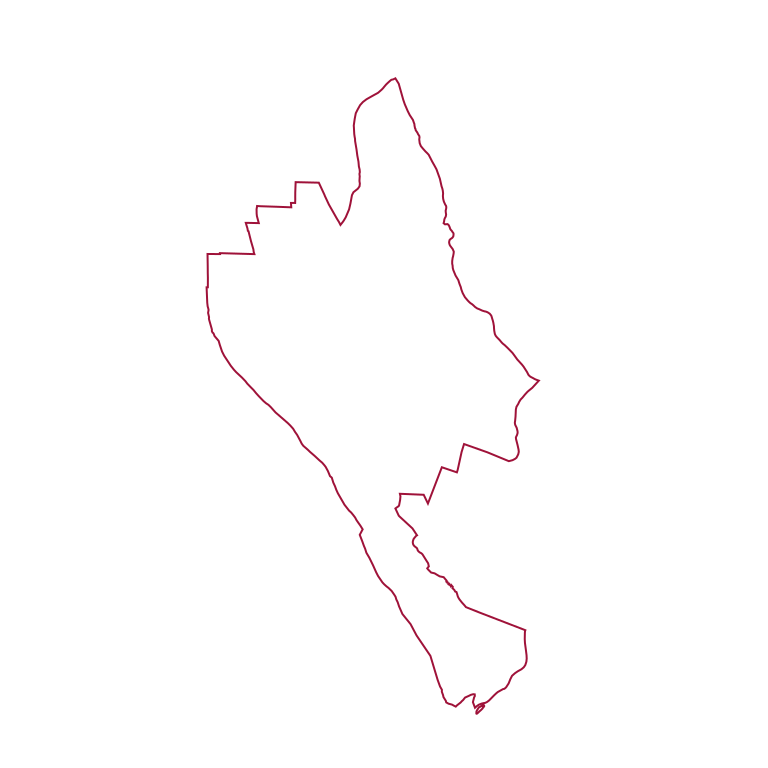 outline of General Paz, Corrientes, Argentina, rotated 103°
{"feature_id": "61730980B94998770553919", "entity_name": "General Paz", "entity_type": "district", "adm_level": 2, "iso_a3": "ARG", "parent_name": "Argentina", "parent_adm1": "Corrientes", "projection": "natural_earth1", "projection_center": [-57.724, -27.709], "detail": "fine", "context": "isolated", "style": "outline", "palette": "rose", "viewbox_px": 768, "rotation_deg": 103, "n_neighbors": 0, "source": "geoboundaries", "source_scale": "gbopen_adm2", "svg_char_len": 6156}
<svg xmlns="http://www.w3.org/2000/svg" viewBox="0 0 768 768"><g transform="rotate(103 384 384)"><path d="M375.4,559.9L379.2,554.8L382.8,552.8L388.8,549.1L392.4,546.1L400.7,537.4L403.8,533.5L405.8,530.6L409.7,523.8L412.4,519.7L414.4,517.3L417.0,513.3L419.2,509.8L421.7,506.6L424.0,503.3L427.7,497.6L429.3,494.6L430.3,491.9L432.0,489.1L436.1,483.3L443.8,468.8L445.6,465.9L448.0,462.5L450.8,459.8L453.1,457.2L458.5,452.5L460.6,450.8L462.4,448.7L465.4,443.1L466.8,440.8L469.6,435.5L473.0,429.6L474.6,426.5L476.5,423.9L477.9,422.2L481.4,419.1L483.9,417.3L485.9,415.9L487.0,413.8L491.5,411.2L494.7,408.7L497.8,406.7L500.8,404.4L509.5,396.3L510.4,395.5L515.2,389.6L516.6,387.1L518.6,384.5L520.6,382.1L522.9,380.1L524.9,377.9L527.3,375.2L530.4,372.1L536.4,373.7L542.3,369.7L546.2,367.2L548.8,365.3L552.4,363.2L556.6,359.2L563.1,353.9L569.2,349.3L572.4,346.6L577.6,341.0L579.1,338.8L580.6,336.1L581.7,333.7L584.0,329.9L587.2,326.4L588.7,324.9L591.2,323.5L593.5,321.6L597.3,319.3L604.0,314.3L607.3,310.1L612.0,304.1L621.7,295.7L638.5,277.6L653.2,269.2L660.2,265.2L666.2,261.3L668.9,258.8L670.9,258.4L673.8,256.5L675.7,255.6L678.9,252.4L679.9,252.0L680.4,251.5L680.5,250.6L680.8,249.9L681.0,249.0L681.0,248.1L681.1,245.6L681.7,243.6L682.2,241.5L680.7,240.6L677.0,237.6L675.8,237.0L674.1,235.8L671.3,234.5L668.8,231.2L667.3,229.4L666.2,227.3L666.0,225.8L667.6,225.3L669.1,225.7L674.0,225.8L679.0,222.5L677.2,221.3L675.2,219.5L673.5,217.1L672.6,215.3L671.9,213.6L670.7,212.1L668.8,210.5L666.7,209.2L662.6,206.7L660.2,205.1L658.6,203.9L654.5,199.4L653.9,198.1L652.1,196.8L647.7,195.2L643.2,194.5L639.5,193.6L636.3,191.3L633.9,189.1L631.0,185.9L628.6,184.1L626.1,183.1L622.5,182.8L619.4,183.2L616.2,184.1L611.8,185.7L604.6,188.4L600.8,189.5L594.6,190.8L593.0,191.0L592.1,190.9L585.2,239.5L583.0,253.9L581.4,256.0L579.4,258.9L577.0,261.9L575.4,263.5L574.2,264.4L572.2,265.5L570.4,266.6L570.2,268.0L568.9,269.1L567.5,271.4L566.2,271.3L564.8,273.2L565.9,273.5L565.2,274.1L564.7,276.0L563.8,275.7L563.3,277.7L562.7,277.7L562.5,278.8L561.6,278.7L559.5,281.5L558.8,282.4L558.9,286.5L557.9,289.7L557.1,292.1L557.1,293.8L557.1,295.7L554.7,299.5L553.9,300.4L551.6,299.3L549.1,300.5L548.4,301.0L547.3,302.2L541.4,308.1L540.8,309.0L540.4,309.9L540.2,310.9L539.9,311.6L539.3,312.8L538.4,313.8L537.3,314.4L536.4,315.2L535.4,317.4L534.6,318.7L533.4,319.7L532.0,320.3L530.8,320.5L529.3,320.4L528.4,320.3L527.2,319.8L524.5,318.4L524.0,317.8L518.3,323.8L509.7,338.9L509.0,340.0L502.7,344.9L499.6,342.2L498.8,342.0L493.4,342.2L489.8,342.7L487.4,343.8L483.0,320.4L490.6,314.3L452.1,308.9L453.7,293.1L451.2,292.9L449.9,292.9L432.8,293.1L424.5,292.5L427.3,267.9L431.1,245.0L429.3,241.6L427.4,239.4L426.0,238.3L422.4,237.4L419.8,237.4L417.5,238.2L413.3,240.2L407.9,243.0L406.3,243.5L403.7,242.9L401.6,242.8L399.9,243.3L396.8,244.9L394.5,246.8L393.4,247.4L392.3,247.8L390.0,248.0L386.2,248.5L379.1,249.8L376.4,249.8L373.1,248.7L371.1,248.3L368.4,247.4L366.1,246.0L362.6,244.3L359.4,242.5L358.0,241.5L354.4,238.7L345.9,233.9L345.6,236.5L345.3,238.2L344.8,239.8L344.1,242.5L343.7,243.6L342.6,245.3L340.2,247.3L335.7,251.9L334.1,253.9L330.1,259.7L327.2,263.0L324.8,265.8L321.2,271.4L319.0,275.1L317.9,277.4L317.2,278.5L316.4,279.6L315.3,281.0L313.0,284.6L311.8,286.1L310.2,287.3L307.2,288.6L304.4,289.5L302.9,289.9L301.5,290.5L299.8,291.2L297.8,292.2L296.1,293.2L294.3,294.2L293.2,294.9L291.7,296.8L290.8,299.2L290.5,301.3L290.6,302.0L290.4,304.8L289.7,308.1L289.4,310.2L288.4,312.7L287.4,314.3L286.4,316.2L285.8,317.9L284.8,319.7L283.6,321.5L281.2,324.7L277.7,327.8L274.5,329.9L272.3,331.0L269.7,332.8L267.9,333.9L267.0,334.4L266.0,335.0L262.2,338.7L257.4,342.1L255.5,343.1L253.2,343.8L251.5,344.6L248.9,345.2L245.6,345.5L244.2,345.4L241.8,345.5L240.5,345.6L239.3,345.8L237.1,347.4L234.5,350.5L233.5,351.4L231.8,352.3L230.8,352.5L229.0,352.5L227.8,351.8L226.4,350.5L225.7,350.1L224.6,349.7L223.2,349.8L222.0,350.0L221.2,350.5L220.2,351.8L219.6,352.3L218.8,353.5L218.2,354.2L216.3,355.4L214.8,356.5L213.9,358.0L214.7,360.5L213.9,362.1L212.3,362.0L210.3,362.2L209.0,362.1L207.0,361.5L204.9,361.6L203.2,362.3L201.3,362.9L199.0,362.9L197.6,363.1L196.5,363.6L195.3,364.8L192.8,366.7L190.3,368.0L187.6,368.9L185.0,369.3L182.4,370.2L180.5,371.1L178.4,372.4L171.5,375.7L163.1,381.1L160.8,383.1L156.3,387.2L150.6,392.0L149.3,393.9L148.1,395.9L145.9,399.0L143.9,401.6L141.3,403.4L137.7,404.7L135.6,404.9L134.4,405.4L132.9,407.0L131.6,408.0L129.6,410.2L128.4,410.7L127.8,411.3L126.7,411.8L125.1,412.5L123.8,412.9L122.8,413.6L120.2,415.2L116.2,419.4L112.7,422.3L106.7,426.7L102.7,429.2L88.1,437.2L83.6,441.7L85.1,443.5L85.9,445.2L86.1,445.4L87.8,446.7L90.0,448.2L91.7,449.3L94.6,450.8L95.7,451.3L97.6,452.4L101.5,455.2L102.8,456.6L104.2,458.2L107.0,461.3L110.5,465.1L114.0,468.0L117.6,470.0L122.4,471.4L126.5,472.4L131.9,472.2L134.5,472.0L139.0,471.6L140.6,471.1L147.2,469.2L149.8,468.2L151.6,467.4L153.8,466.8L161.5,463.6L167.4,461.4L173.1,458.9L177.7,457.4L180.5,456.0L183.0,455.2L184.8,455.2L187.3,454.3L188.2,454.2L191.7,453.6L194.2,452.6L196.9,452.3L199.6,453.4L204.0,456.9L207.2,457.7L215.9,457.3L221.7,457.3L230.2,458.8L233.9,460.0L235.6,460.7L238.8,462.2L236.3,464.3L233.7,466.9L221.5,478.1L214.1,483.9L212.9,484.7L202.5,492.8L207.2,515.5L217.1,513.6L221.6,512.6L224.1,512.0L227.6,511.3L227.8,512.3L228.5,515.4L232.7,514.1L235.4,528.2L238.6,544.5L239.1,547.7L240.0,547.6L242.3,547.5L246.7,546.4L249.0,545.6L255.4,542.2L257.6,552.8L258.1,554.9L260.1,553.8L263.0,552.1L265.4,551.1L265.6,550.4L274.8,545.7L280.7,542.4L282.1,541.6L284.8,540.6L286.6,539.5L293.4,573.3L294.3,573.0L297.0,585.2L308.7,582.3L315.4,580.7L320.1,579.5L329.4,577.4L329.7,578.6L344.6,574.5L348.0,573.3L349.8,572.3L351.3,571.6L354.3,571.4L358.2,569.5L359.7,569.3L360.8,568.8L369.5,564.0L371.2,563.6L372.5,562.6L372.8,561.8L373.3,561.3L375.4,559.9ZM684.3,219.5L684.2,219.4L684.2,219.2L683.0,218.3L681.7,217.5L679.8,216.1L678.0,215.0L677.5,214.9L676.0,214.1L675.2,213.9L674.4,214.5L674.4,215.3L675.3,216.0L675.7,216.1L675.7,216.6L677.0,217.8L677.5,218.6L678.3,219.0L679.8,219.6L680.2,219.6L680.9,220.0L682.2,220.2L682.9,220.2L683.5,219.9L684.0,220.0L684.4,219.7L684.3,219.5Z" fill="none" stroke="#9f1239" stroke-width="2"/></g></svg>